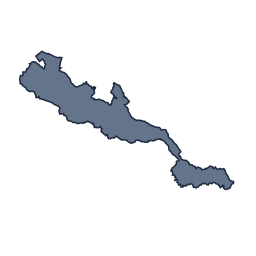 Pianu, Alba, Romania, rotated 306°
{"feature_id": "2599482B69882929473118", "entity_name": "Pianu", "entity_type": "district", "adm_level": 2, "iso_a3": "ROU", "parent_name": "Romania", "parent_adm1": "Alba", "projection": "orthographic", "projection_center": [23.499, 45.822], "detail": "fine", "context": "isolated", "style": "filled", "palette": "slate", "viewbox_px": 256, "rotation_deg": 306, "n_neighbors": 0, "source": "geoboundaries", "source_scale": "gbopen_adm2", "svg_char_len": 5938}
<svg xmlns="http://www.w3.org/2000/svg" viewBox="0 0 256 256"><g transform="rotate(306 128 128)"><path d="M140.8,67.0L138.7,67.5L138.0,65.6L136.4,66.0L133.9,64.1L131.4,62.9L130.8,61.9L130.5,60.1L130.7,58.6L131.2,57.6L130.9,56.5L131.2,55.4L133.9,51.7L134.4,48.5L135.2,46.9L135.4,43.7L134.6,42.2L134.6,40.6L134.0,39.0L134.6,38.3L135.7,38.0L137.2,38.4L136.5,37.2L137.7,36.2L139.2,36.0L140.8,34.8L143.3,34.2L146.0,33.1L145.0,31.2L143.7,29.9L142.7,27.5L141.5,20.1L141.0,20.1L139.8,16.3L139.5,13.3L132.0,11.2L129.7,17.3L133.5,18.4L132.7,21.2L131.7,22.2L131.0,24.0L128.9,24.4L127.6,25.1L126.4,25.2L126.3,24.0L126.8,22.5L126.4,20.6L126.8,18.8L126.7,18.6L127.0,18.2L126.7,17.3L126.9,14.1L126.2,13.0L126.0,13.3L125.7,13.0L125.5,12.0L124.8,11.5L124.4,11.7L122.9,11.2L122.0,10.5L121.7,11.9L116.6,12.1L116.5,11.4L113.0,12.2L111.6,10.1L108.5,12.1L107.2,10.2L103.9,11.6L100.5,15.0L101.0,15.5L100.7,15.6L101.0,17.0L100.3,18.0L100.5,21.2L99.4,23.9L99.4,25.4L99.7,25.9L99.8,27.3L100.1,27.3L101.7,29.6L102.0,31.1L101.6,32.0L100.7,32.9L100.3,34.1L98.6,35.6L99.6,37.3L100.9,37.4L99.8,39.5L101.5,43.1L101.3,43.6L101.9,45.5L102.9,48.2L103.1,49.4L103.7,50.5L103.8,55.1L104.4,57.0L104.6,59.3L104.3,60.7L103.7,61.4L101.1,62.1L100.0,63.7L99.1,64.3L99.2,64.6L101.7,67.5L101.6,67.9L100.6,68.7L100.6,69.2L101.2,70.0L101.2,71.4L99.4,73.5L98.8,74.8L98.8,75.6L100.2,78.3L100.1,80.0L101.7,82.7L101.8,84.6L104.9,87.3L104.9,88.3L106.1,89.4L107.1,89.3L107.6,90.5L109.2,90.8L109.8,91.4L109.6,92.1L110.1,92.7L110.4,93.9L110.4,95.9L111.3,97.4L110.2,97.7L109.9,99.5L108.7,100.3L109.3,101.1L109.4,101.8L110.7,103.4L111.0,104.2L112.9,104.9L111.9,106.7L112.0,107.4L111.4,107.2L110.2,107.7L109.1,109.0L109.6,109.9L108.9,111.3L109.1,113.7L108.6,114.3L110.3,115.2L108.7,116.7L108.5,117.6L108.6,117.9L108.1,118.3L108.0,118.8L109.4,120.3L111.2,121.3L111.9,122.7L112.8,123.1L114.3,123.0L114.3,123.6L114.8,124.4L114.4,125.7L114.5,127.8L114.3,128.9L115.3,130.9L117.1,133.1L116.9,134.1L117.3,134.8L117.0,135.6L117.0,137.4L117.5,138.2L117.4,139.4L120.5,141.8L122.3,141.5L122.7,141.8L124.6,144.2L124.6,145.7L124.9,146.8L125.8,148.3L126.4,149.9L128.0,152.1L128.6,152.5L129.2,152.0L129.9,152.2L130.0,152.9L131.9,154.4L132.0,155.4L133.1,156.5L133.8,156.6L134.3,157.4L136.4,158.4L137.0,159.4L137.7,159.9L137.7,161.1L138.3,161.3L137.9,161.8L138.3,162.7L138.6,165.6L137.8,167.5L137.6,170.1L137.0,171.6L134.2,174.3L134.0,176.8L133.1,178.8L132.9,180.6L133.2,182.3L132.5,185.6L132.6,186.4L132.0,188.4L130.2,187.5L129.8,186.9L128.5,187.2L127.4,188.4L122.8,187.8L121.5,187.2L119.9,187.8L119.1,187.5L118.5,187.9L118.5,188.5L118.9,189.7L117.5,190.6L117.0,191.5L116.1,191.7L116.7,192.2L116.9,194.4L115.8,194.7L116.1,195.5L115.4,196.9L113.9,196.4L113.1,196.6L113.1,197.0L114.9,197.8L115.0,198.8L112.9,199.5L113.1,200.8L111.7,202.1L112.0,202.8L113.0,203.4L112.1,203.7L112.0,204.0L112.3,204.7L111.4,205.6L111.9,205.9L112.3,207.0L113.1,207.0L113.8,206.3L114.2,207.6L114.6,208.1L115.3,208.3L115.3,209.1L117.2,209.3L117.7,209.7L118.4,211.2L119.7,211.3L120.3,212.9L119.8,214.2L118.7,215.6L118.6,216.2L119.7,217.2L119.5,218.1L119.8,218.5L121.5,219.4L124.4,219.8L125.0,220.8L127.1,220.8L127.6,221.3L127.5,222.3L128.4,223.0L128.8,223.9L128.5,225.1L129.1,226.4L131.0,226.2L131.9,227.2L131.9,228.2L132.4,228.7L133.6,228.6L134.7,230.0L134.9,230.8L134.6,232.2L135.4,233.5L134.9,234.6L135.1,235.4L134.7,236.5L134.2,236.8L134.1,237.8L134.7,237.7L135.9,238.5L137.2,238.1L137.4,238.2L137.7,239.5L137.4,239.9L136.2,239.8L135.6,240.6L135.4,242.3L135.9,243.0L135.8,243.4L137.2,244.5L138.1,244.8L138.9,245.7L140.1,245.7L142.9,244.9L144.2,245.1L144.9,245.9L145.7,245.7L146.7,244.8L145.6,242.0L145.9,240.3L146.5,239.4L146.6,238.6L147.4,237.8L148.9,234.2L148.8,233.6L150.6,231.8L150.7,231.1L151.3,230.3L151.2,229.1L149.9,228.2L149.3,226.9L149.2,226.0L146.9,224.6L147.7,221.5L146.0,221.5L145.3,221.1L146.4,219.4L145.3,216.6L144.6,216.6L140.7,215.2L140.4,214.7L140.6,214.3L139.9,214.3L138.9,213.6L137.6,212.2L138.3,211.0L137.5,207.7L136.8,206.9L135.1,206.9L135.4,206.4L135.4,205.5L136.4,204.8L135.5,203.6L135.5,202.7L135.9,201.4L134.6,199.6L134.7,199.1L135.2,198.8L135.1,197.8L136.0,197.2L135.7,195.2L136.2,194.5L135.5,193.7L135.0,192.2L134.5,191.6L134.2,189.3L135.4,187.8L135.9,186.6L135.3,186.1L135.4,185.8L136.5,184.4L137.1,184.2L139.4,184.7L140.2,184.3L140.3,183.4L140.8,182.5L140.7,181.6L142.1,179.0L142.9,176.4L143.0,175.8L142.7,175.0L144.0,171.5L144.3,170.0L144.2,167.0L144.5,166.1L145.3,165.0L145.8,164.9L146.6,164.1L147.5,161.3L148.4,160.6L148.6,159.9L148.1,158.2L146.2,156.6L146.0,155.8L146.5,154.9L146.8,153.6L146.7,152.8L144.9,149.7L144.0,146.0L144.0,145.2L143.2,144.2L143.6,142.7L143.6,141.0L143.1,139.5L143.3,137.9L143.0,137.0L142.4,136.5L142.0,134.5L140.7,132.5L140.7,131.9L139.4,131.1L139.3,129.9L138.9,129.3L138.9,126.3L138.6,125.8L139.8,122.1L141.2,119.7L141.5,118.7L141.9,118.0L143.4,117.0L143.4,116.4L144.1,115.6L144.2,113.0L144.6,111.5L147.1,113.2L148.1,113.4L148.7,113.1L150.1,113.6L151.6,108.0L151.1,107.9L150.7,107.4L151.1,106.6L150.9,106.3L151.3,106.1L151.2,105.7L152.0,105.6L152.2,104.6L153.6,104.2L153.8,102.9L154.3,101.6L156.0,99.1L156.2,98.1L157.2,96.9L157.4,96.1L156.6,93.0L156.5,90.2L155.8,90.1L154.6,90.7L154.1,91.8L153.3,92.2L152.2,91.9L150.5,92.8L147.7,92.7L146.9,93.1L146.4,94.4L146.9,95.5L146.0,96.9L145.4,101.5L145.1,101.4L144.8,100.4L145.4,98.2L143.6,98.4L142.7,99.0L140.5,99.1L138.5,100.2L137.6,100.0L136.9,100.8L136.4,100.5L135.5,98.4L136.5,97.7L136.6,96.7L135.5,94.7L135.5,91.6L134.7,89.8L134.6,88.4L133.6,86.9L132.3,86.1L131.6,84.6L131.2,84.3L131.7,84.1L132.0,83.5L130.8,80.8L131.4,80.2L132.6,79.8L136.2,80.4L137.2,79.9L137.5,79.3L139.0,78.1L140.7,78.2L141.6,77.8L141.3,77.3L141.3,76.9L139.8,77.3L140.0,77.1L139.9,76.7L140.2,76.3L141.3,76.5L141.1,76.0L139.9,76.2L139.6,77.0L139.6,76.4L139.5,76.5L139.2,77.2L139.5,77.5L139.3,77.8L138.9,76.6L139.2,75.0L139.9,74.1L140.0,73.4L139.5,72.0L140.0,69.2L139.1,68.0L140.9,67.4L140.8,67.0Z" fill="#64748b" stroke="#1e293b" stroke-width="1.5"/></g></svg>